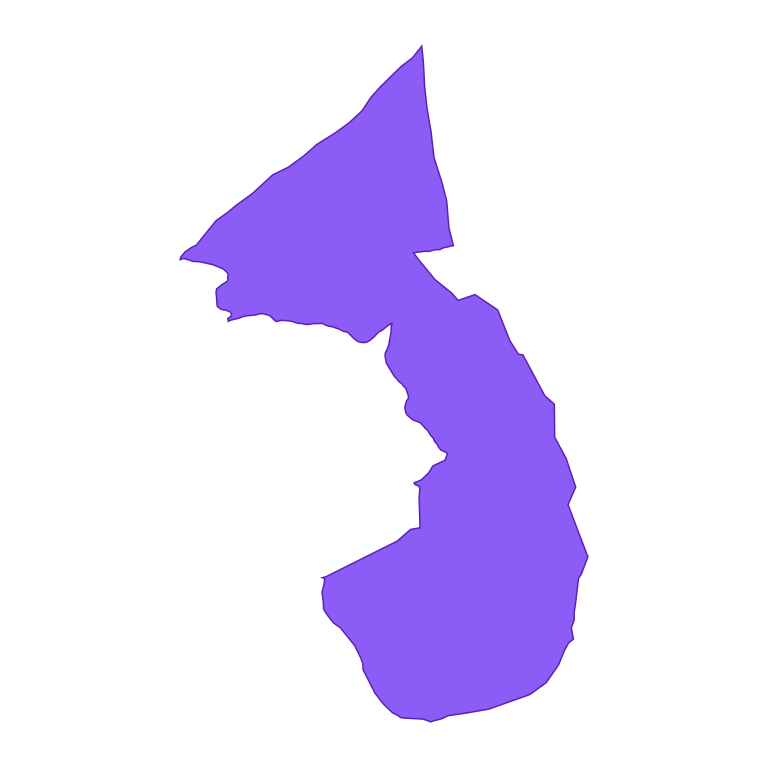 Oturkpo, Benue, Nigeria
{"feature_id": "59680162B20372712773645", "entity_name": "Oturkpo", "entity_type": "district", "adm_level": 2, "iso_a3": "NGA", "parent_name": "Nigeria", "parent_adm1": "Benue", "projection": "robinson", "projection_center": [8.02, 7.291], "detail": "fine", "context": "isolated", "style": "filled", "palette": "violet", "viewbox_px": 768, "rotation_deg": 0, "n_neighbors": 0, "source": "geoboundaries", "source_scale": "gbopen_adm2", "svg_char_len": 3615}
<svg xmlns="http://www.w3.org/2000/svg" viewBox="0 0 768 768"><path d="M400.1,717.4L403.1,718.0L423.1,719.1L431.0,721.9L432.3,721.2L441.9,718.7L448.0,715.7L467.2,712.9L489.1,709.0L503.1,704.0L529.9,694.5L544.3,684.0L546.3,682.5L558.5,665.0L564.3,650.8L568.8,642.7L573.4,639.2L571.3,627.7L574.2,620.1L574.2,612.4L575.6,603.1L578.5,578.3L581.2,574.4L587.9,556.9L568.0,504.6L575.7,487.1L566.2,458.6L554.7,437.3L554.3,404.2L544.8,395.8L522.9,354.8L518.3,354.2L509.8,340.5L497.7,310.0L475.0,294.6L458.1,300.4L452.1,293.4L435.2,279.8L418.6,259.7L413.6,252.8L424.2,251.3L429.3,251.3L434.6,249.8L439.9,249.6L443.4,247.8L453.4,245.6L448.9,228.0L446.7,200.8L441.9,182.3L434.1,157.9L433.0,148.6L430.9,130.7L429.4,122.3L426.9,107.4L424.6,86.5L424.0,73.8L423.3,61.5L421.8,46.1L412.4,57.9L403.1,65.0L401.2,66.4L380.6,86.6L371.1,97.1L361.9,111.0L357.8,114.8L348.1,123.6L334.7,133.2L317.0,144.3L308.3,151.9L302.9,156.6L287.8,167.5L272.6,174.9L264.9,182.0L252.2,193.7L235.6,205.7L227.8,212.3L216.1,220.6L198.7,242.2L196.3,245.2L191.6,247.4L185.3,251.6L180.8,257.0L180.1,259.6L184.0,258.5L193.2,261.4L199.8,261.8L205.4,263.0L212.5,264.6L220.1,267.6L222.6,268.6L225.0,270.5L227.4,272.9L228.2,274.8L227.6,278.3L228.1,279.5L227.5,281.1L222.3,284.4L216.6,288.8L216.0,292.6L216.5,296.8L217.0,304.3L217.4,306.6L221.4,309.5L225.3,310.0L230.4,312.0L231.6,314.0L231.1,316.0L229.2,317.5L227.7,318.7L228.3,321.4L229.7,320.5L232.7,319.7L236.9,318.7L240.4,317.7L242.6,316.7L246.4,315.9L248.2,315.6L250.0,315.6L251.8,315.3L253.9,315.1L255.5,315.0L257.2,314.6L258.8,314.0L260.7,313.7L262.4,313.7L265.4,314.3L267.8,315.1L269.4,315.4L269.9,315.8L274.2,319.9L275.4,321.1L276.0,321.4L277.2,321.4L280.4,320.5L282.4,320.4L287.9,320.8L290.3,321.1L293.3,321.8L296.3,322.9L298.8,323.4L301.5,323.5L303.1,323.9L306.0,324.4L308.0,324.5L311.2,324.0L313.1,323.6L317.0,323.7L320.0,323.4L321.1,323.3L322.5,323.6L324.7,324.6L328.0,326.0L332.4,326.8L334.8,327.6L339.0,329.1L343.5,331.4L347.0,332.0L348.2,332.8L353.3,338.0L357.0,341.0L359.9,342.2L362.2,342.5L364.0,342.6L365.6,342.5L367.9,341.6L370.0,340.3L374.5,336.6L375.1,335.8L376.8,333.9L379.2,331.9L379.8,331.5L382.0,330.2L383.3,329.3L388.1,325.4L391.1,323.7L392.0,323.3L392.0,323.6L391.4,325.5L391.2,326.6L391.2,328.0L391.1,331.6L390.8,333.7L389.5,340.4L388.9,344.3L387.6,348.2L385.9,351.7L385.2,353.4L385.1,356.9L385.7,359.9L386.2,362.2L386.5,363.5L387.6,365.2L389.6,368.7L392.3,372.9L393.5,375.1L394.4,376.4L395.8,377.8L397.1,379.2L399.3,382.0L400.8,383.0L401.9,384.0L403.4,385.9L404.8,387.4L405.9,388.8L406.5,390.1L408.4,396.0L408.5,397.0L408.0,399.1L407.0,400.2L406.4,401.2L405.1,405.9L404.9,407.8L405.2,409.8L405.8,412.5L406.3,413.6L407.3,415.2L408.7,416.4L412.0,419.2L412.9,419.9L416.3,421.2L419.7,422.5L420.5,423.1L421.4,423.9L422.4,425.0L423.7,426.4L425.0,428.0L425.9,428.9L427.0,429.8L427.8,430.7L429.3,433.2L430.4,435.1L431.9,436.7L433.3,438.2L434.0,440.1L434.8,441.8L436.8,443.8L437.4,444.8L438.3,446.8L441.2,450.3L443.4,451.1L447.5,453.2L445.1,460.3L440.4,462.4L433.2,465.8L432.3,466.8L429.0,472.3L427.6,473.9L421.9,479.3L420.6,480.2L418.0,481.3L414.1,482.8L414.4,483.8L415.4,484.8L418.3,485.9L419.3,486.8L419.7,488.3L419.7,490.8L419.1,497.2L419.6,513.9L419.9,523.0L419.9,527.8L410.7,529.4L403.4,535.7L397.2,541.1L325.3,577.0L322.4,577.7L324.8,578.8L324.3,582.0L324.0,584.6L323.3,586.9L322.2,591.5L322.0,593.2L322.7,596.7L322.8,598.6L323.0,600.4L323.3,601.4L323.5,606.7L323.5,608.6L324.6,611.0L327.8,615.7L333.7,623.1L340.2,627.6L354.7,645.6L360.7,657.8L362.8,663.4L363.1,669.7L375.0,693.2L383.2,703.8L392.4,712.7L399.2,716.2L400.1,717.4Z" fill="#8b5cf6" stroke="#5b21b6" stroke-width="1.5"/></svg>